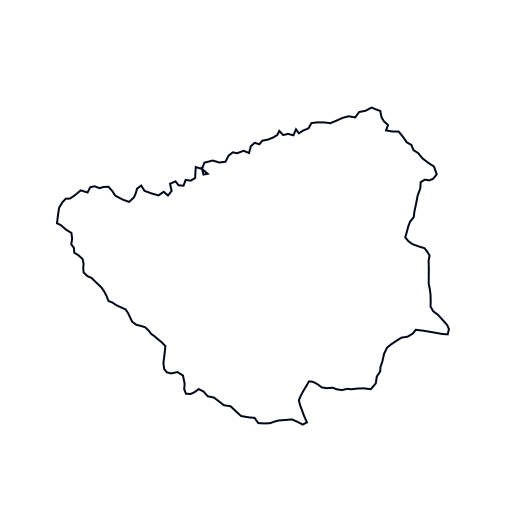 the district of São João do Pacuí, Minas Gerais, Brazil, rotated 9°
{"feature_id": "56859067B19331061233484", "entity_name": "São João do Pacuí", "entity_type": "district", "adm_level": 2, "iso_a3": "BRA", "parent_name": "Brazil", "parent_adm1": "Minas Gerais", "projection": "albers", "projection_center": [-44.531, -16.552], "detail": "fine", "context": "isolated", "style": "outline", "palette": "ink", "viewbox_px": 512, "rotation_deg": 9, "n_neighbors": 0, "source": "geoboundaries", "source_scale": "gbopen_adm2", "svg_char_len": 2939}
<svg xmlns="http://www.w3.org/2000/svg" viewBox="0 0 512 512"><g transform="rotate(9 256 256)"><path d="M189.1,178.5L182.6,177.6L183.1,183.2L183.7,188.5L179.7,191.8L174.6,191.9L173.4,197.9L168.5,198.3L164.8,194.9L159.8,198.1L162.5,204.9L159.6,210.0L154.8,207.0L150.2,211.4L142.8,210.5L135.7,209.1L131.6,204.4L128.0,208.1L127.4,212.9L126.3,217.2L122.2,222.4L115.7,221.2L107.5,218.4L104.1,214.5L99.4,210.7L94.5,211.7L90.9,213.5L85.7,212.4L81.5,214.0L79.7,219.6L72.6,218.6L67.9,224.0L63.4,228.3L59.1,229.2L56.3,233.4L54.0,239.2L54.0,245.6L54.3,254.8L58.3,256.0L64.1,259.6L70.1,262.1L71.7,267.7L71.7,273.3L74.8,276.4L76.0,281.2L80.2,282.9L85.2,286.1L86.9,290.6L87.2,294.8L88.3,299.2L92.5,302.2L97.0,303.4L101.2,306.4L105.0,309.0L108.4,311.4L111.6,314.8L114.6,318.8L117.3,323.5L121.4,324.4L125.9,326.5L130.8,327.9L135.5,329.1L138.6,332.5L141.5,336.7L144.0,340.3L148.4,342.6L153.3,343.1L157.6,343.7L161.7,346.5L164.7,349.4L168.4,351.2L172.9,354.0L176.6,356.1L180.6,359.2L180.9,364.1L181.1,369.9L181.3,376.2L182.9,381.8L186.0,384.8L190.5,385.3L196.6,382.9L202.6,385.5L205.5,393.3L205.9,398.8L208.4,403.0L213.1,402.5L216.7,400.0L220.3,396.4L225.4,398.1L230.3,402.1L236.6,402.4L242.6,405.6L247.5,408.4L254.4,408.4L260.8,412.8L266.3,416.4L274.1,416.5L279.9,416.1L284.4,420.7L290.9,420.0L296.1,418.9L299.9,416.8L304.1,414.9L310.5,413.4L317.1,411.8L322.9,413.3L328.5,415.2L332.3,412.4L328.0,405.6L325.6,401.2L323.1,396.9L320.9,391.8L321.9,387.6L323.8,382.0L325.8,377.1L328.0,371.5L332.3,371.4L337.2,373.2L341.5,375.5L346.4,375.5L352.4,374.1L356.4,375.0L361.8,375.0L367.0,372.9L371.2,372.7L376.7,371.1L382.8,369.9L390.2,369.6L394.2,363.1L394.2,356.1L396.7,350.6L396.3,346.1L397.3,340.5L397.8,332.5L399.8,326.0L403.4,322.0L407.6,318.1L412.4,313.9L418.3,312.0L423.0,308.1L425.3,303.9L433.4,303.6L442.7,303.7L451.9,303.9L457.6,303.4L458.0,298.0L455.6,294.3L450.9,290.4L445.0,285.7L439.6,282.8L436.3,278.6L435.6,273.3L434.5,267.3L433.0,261.9L430.9,256.3L429.8,249.0L428.5,240.4L427.2,233.6L427.4,228.5L424.5,225.0L421.2,221.9L415.3,221.1L408.6,219.8L404.1,217.5L400.5,214.2L401.2,208.6L401.7,203.2L402.8,197.9L405.7,193.0L405.5,187.4L405.9,180.1L406.2,171.3L407.7,163.4L407.1,157.3L410.8,154.2L415.4,154.2L418.9,152.0L421.7,147.1L417.8,139.8L411.1,136.8L405.1,133.5L400.1,129.0L395.0,126.8L392.1,122.0L387.0,120.1L382.7,115.5L377.5,110.8L371.1,111.7L364.8,111.6L365.9,105.9L361.4,103.1L358.3,99.4L356.0,93.3L351.4,92.4L346.9,91.3L341.5,95.4L335.3,97.7L332.3,103.6L325.7,103.5L320.1,105.9L314.5,109.6L308.6,113.2L302.4,113.4L295.4,114.5L290.0,116.0L287.8,121.8L283.1,124.6L279.1,128.1L275.7,124.6L274.1,130.9L268.5,130.4L263.9,132.3L259.4,128.8L258.1,133.2L254.1,136.5L249.3,139.3L244.2,141.1L241.9,145.1L237.0,144.4L233.7,148.4L233.0,155.4L227.4,154.0L221.1,157.5L216.9,157.2L213.2,161.2L211.1,167.7L205.2,169.4L198.3,168.5L190.4,171.9L189.1,178.5ZM189.1,178.5L195.4,182.3L191.4,183.8L189.1,178.5Z" fill="none" stroke="#020617" stroke-width="2"/></g></svg>